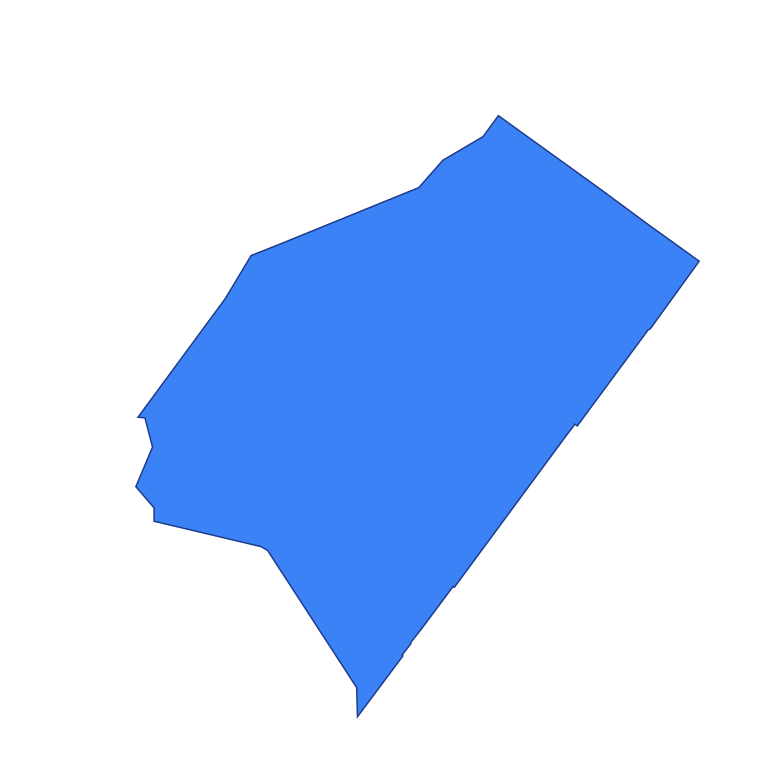 Preston, West Virginia, United States of America (Natural Earth projection), rotated 36°
{"feature_id": "52423323B40948344382012", "entity_name": "Preston", "entity_type": "district", "adm_level": 2, "iso_a3": "USA", "parent_name": "United States of America", "parent_adm1": "West Virginia", "projection": "natural_earth1", "projection_center": [-79.641, 39.458], "detail": "fine", "context": "isolated", "style": "filled", "palette": "blue", "viewbox_px": 768, "rotation_deg": 36, "n_neighbors": 0, "source": "geoboundaries", "source_scale": "gbopen_adm2", "svg_char_len": 657}
<svg xmlns="http://www.w3.org/2000/svg" viewBox="0 0 768 768"><g transform="rotate(36 384 384)"><path d="M204.5,555.5L210.5,551.9L233.8,571.1L243.6,612.9L270.8,619.4L278.7,630.2L380.3,587.8L387.7,587.1L540.4,645.7L558.1,668.8L558.3,656.8L559.1,593.0L558.9,592.9L557.9,592.7L558.4,578.7L557.6,576.7L558.3,558.9L558.9,507.1L560.4,507.1L561.8,315.5L562.0,311.9L562.0,304.3L565.0,304.3L565.8,198.2L565.9,184.6L566.6,183.9L567.0,182.6L566.8,99.4L504.8,99.7L453.2,99.3L451.1,99.2L318.8,99.7L318.7,125.6L300.1,168.4L296.7,204.7L276.9,236.5L244.4,288.8L216.7,333.4L201.0,358.1L205.4,408.3L204.5,555.5Z" fill="#3b82f6" stroke="#1e3a8a" stroke-width="1.5"/></g></svg>